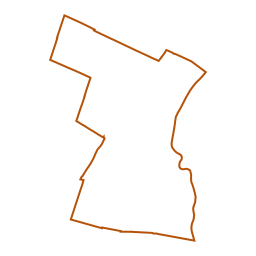 Gropeni, Braila, Romania
{"feature_id": "2599482B39333936770759", "entity_name": "Gropeni", "entity_type": "district", "adm_level": 2, "iso_a3": "ROU", "parent_name": "Romania", "parent_adm1": "Braila", "projection": "equal_earth", "projection_center": [27.896, 45.061], "detail": "fine", "context": "isolated", "style": "outline", "palette": "amber", "viewbox_px": 256, "rotation_deg": 0, "n_neighbors": 0, "source": "geoboundaries", "source_scale": "gbopen_adm2", "svg_char_len": 5397}
<svg xmlns="http://www.w3.org/2000/svg" viewBox="0 0 256 256"><path d="M70.8,219.5L71.0,219.6L72.5,220.0L75.6,220.8L75.8,220.9L78.8,221.7L81.9,222.6L82.0,222.6L85.0,223.5L86.4,223.9L86.5,223.9L101.9,228.2L102.0,227.5L120.9,231.1L120.7,231.7L121.9,231.7L131.6,231.8L131.6,231.7L132.2,231.8L132.7,231.9L132.8,231.9L148.2,232.7L152.1,232.9L152.3,232.9L152.5,233.0L153.4,233.5L153.5,233.6L154.9,233.5L155.0,233.5L156.7,233.5L157.7,233.9L194.3,240.6L194.0,239.7L193.8,238.7L193.6,237.9L193.4,237.4L193.3,237.1L193.3,236.8L193.2,236.6L193.2,236.4L193.1,236.0L193.0,235.6L192.9,235.3L192.7,234.8L192.6,234.4L192.4,233.8L192.3,233.1L192.1,232.6L192.0,232.4L192.0,232.1L191.8,231.3L191.7,231.0L191.7,230.7L191.6,230.3L191.6,229.9L191.5,229.5L191.5,229.3L191.5,229.1L191.4,228.6L191.4,228.4L191.4,228.2L191.4,227.9L191.4,227.6L191.5,227.2L191.4,227.1L191.4,226.9L191.4,226.6L191.5,226.3L191.6,225.9L191.6,225.4L191.7,224.9L191.9,224.2L192.0,223.7L192.1,223.3L192.2,223.0L192.3,222.6L192.6,222.0L192.7,221.8L192.8,221.7L193.1,220.8L193.3,220.3L193.5,219.7L193.5,219.4L193.7,219.0L193.7,218.4L193.7,218.1L193.8,217.9L193.8,217.7L193.9,217.1L194.0,217.0L194.0,216.7L194.0,216.2L194.1,215.7L194.1,214.9L194.1,214.5L193.9,214.0L193.8,213.8L193.8,213.6L193.8,213.4L193.8,213.1L193.8,212.7L193.8,212.4L193.7,212.2L193.6,211.9L193.5,211.4L193.4,210.9L193.3,210.1L193.2,209.5L193.2,209.0L193.2,208.7L193.3,208.5L193.3,208.3L193.3,208.1L193.3,207.6L193.4,207.3L193.4,207.0L193.6,206.8L193.7,206.5L193.8,206.2L193.8,205.9L194.0,205.6L194.0,205.4L194.2,205.1L194.3,204.6L194.4,204.4L194.4,204.2L194.5,204.0L194.5,203.8L194.7,203.4L194.8,203.2L194.9,202.9L195.0,202.7L195.0,202.4L195.1,202.1L195.2,201.6L195.2,201.4L195.3,201.3L195.3,201.1L195.3,200.7L195.3,200.1L195.3,199.7L195.4,199.1L195.5,198.7L195.5,198.4L195.5,198.0L195.6,197.3L195.6,196.8L195.6,196.6L195.6,196.2L195.4,195.6L195.2,195.0L195.1,194.4L194.9,193.4L194.8,192.6L194.6,192.0L194.3,191.1L194.2,190.7L194.0,189.6L193.7,188.9L193.5,188.0L193.3,187.4L193.0,186.5L192.8,185.9L192.6,185.2L192.5,184.9L192.4,184.5L192.2,184.1L191.9,183.4L191.7,183.0L191.5,182.6L191.4,182.2L191.3,181.7L191.2,180.9L191.2,180.0L191.1,179.3L191.1,178.6L191.1,177.6L191.1,176.8L191.1,175.7L191.1,175.0L191.1,174.4L190.9,173.7L190.7,173.0L190.5,172.3L190.4,171.7L190.3,171.1L190.1,170.7L189.9,170.3L189.7,170.2L189.2,169.9L188.7,169.7L188.4,169.4L187.5,169.0L186.1,168.8L184.8,169.0L183.7,169.3L182.4,169.2L180.8,168.7L180.3,168.2L179.9,167.7L179.6,167.2L179.4,166.7L179.3,166.1L179.3,165.5L179.3,164.8L179.3,164.3L179.4,164.0L179.6,163.4L179.7,162.6L179.9,162.0L180.1,161.5L180.5,161.0L180.9,160.4L181.2,159.9L181.5,159.6L181.7,158.9L181.8,158.2L181.8,157.9L181.8,157.6L181.7,157.0L181.6,156.3L181.4,155.8L181.3,155.7L181.2,155.6L181.1,155.4L180.8,155.1L180.7,154.9L180.4,154.7L180.0,154.4L179.6,154.2L179.3,153.9L178.8,153.8L178.3,153.5L177.7,153.2L177.3,153.0L176.7,152.6L176.4,152.4L176.1,152.1L175.7,151.7L175.3,151.4L174.7,150.8L174.3,150.3L173.8,149.7L173.4,149.2L173.1,148.7L172.5,147.9L172.3,147.5L172.1,147.0L172.0,146.7L171.9,146.4L171.8,145.8L171.7,145.5L171.7,145.2L171.6,144.6L171.6,144.4L171.6,144.1L171.6,143.6L171.6,143.0L171.7,142.5L171.8,142.0L172.0,140.6L172.3,139.2L172.7,136.6L173.4,133.3L173.8,130.4L174.1,128.7L174.4,127.4L174.5,126.3L174.9,123.5L175.1,121.6L175.2,121.0L175.3,120.5L175.3,120.2L175.6,118.8L175.7,117.4L176.1,116.4L176.5,115.6L177.0,114.9L177.1,114.5L177.5,113.5L177.7,112.8L178.0,112.5L179.0,110.8L179.5,110.0L179.7,109.6L180.5,108.3L180.6,108.0L181.4,106.5L182.3,104.8L182.7,103.9L183.3,102.8L183.5,102.4L184.5,100.4L185.9,97.7L186.6,96.5L186.9,96.0L188.3,93.5L190.1,90.5L192.5,87.1L195.3,83.5L196.9,81.8L198.6,80.2L199.1,79.8L200.1,78.7L201.2,77.5L202.4,76.2L203.6,74.8L204.6,73.6L205.8,72.1L191.3,61.3L189.1,60.3L187.0,59.3L181.8,56.9L177.6,55.0L174.9,53.8L174.3,53.9L173.7,53.8L173.3,53.4L172.7,52.8L169.6,51.4L168.1,50.7L166.3,50.0L165.9,50.8L164.5,53.1L163.3,54.8L162.4,56.0L161.4,57.2L161.5,57.3L160.9,58.0L160.5,58.6L159.6,59.7L158.9,60.6L158.7,60.9L158.2,60.7L157.7,60.5L155.7,59.5L154.8,59.2L153.9,58.8L152.6,58.2L151.4,57.6L150.2,57.0L148.0,56.0L142.8,53.6L141.1,52.8L136.3,50.6L128.9,47.1L120.5,43.1L120.2,43.0L118.6,42.2L115.4,40.7L113.6,39.8L112.1,39.2L108.3,37.4L106.2,36.4L104.2,35.4L101.0,34.0L100.4,33.6L98.4,32.7L96.9,32.0L95.5,31.3L94.8,30.9L94.0,30.5L94.6,29.6L94.3,29.5L90.8,27.7L90.7,27.6L87.0,25.8L80.0,22.4L76.1,20.6L72.9,19.2L67.7,16.8L64.4,15.4L64.1,16.4L63.1,19.3L59.0,31.7L57.9,34.9L57.6,35.8L57.4,36.6L57.0,37.9L57.3,38.0L55.6,43.5L54.7,46.1L54.2,47.7L50.2,59.9L64.2,66.0L67.8,67.6L73.0,69.8L80.3,73.0L90.5,77.7L90.5,77.8L86.6,89.4L84.4,96.5L84.6,96.5L83.2,100.8L81.7,105.1L81.7,105.4L81.5,105.6L79.4,111.7L77.9,116.3L77.9,116.5L76.9,119.2L76.3,120.8L76.3,121.0L78.8,122.5L81.2,124.0L82.6,124.9L83.2,125.1L89.8,129.3L91.4,130.2L95.8,132.9L98.1,134.4L103.2,137.4L103.6,136.9L103.6,137.0L104.0,137.4L104.2,137.7L104.6,138.4L101.8,144.2L101.6,144.6L99.3,147.5L98.7,148.1L97.4,149.7L96.0,152.6L95.9,152.7L95.5,153.6L95.0,154.8L94.7,155.5L94.6,155.8L93.6,158.0L93.3,158.7L93.2,159.0L92.8,159.7L92.5,160.2L91.8,161.4L91.0,162.9L90.4,163.8L90.4,164.0L89.5,165.2L88.1,167.3L86.7,169.3L86.0,170.4L83.6,174.3L82.4,176.2L82.4,176.3L81.8,176.5L81.1,177.8L80.4,179.4L81.4,179.6L82.8,180.0L83.5,180.1L82.5,183.8L82.2,184.9L80.5,189.8L78.9,194.7L72.6,214.0L70.8,219.5Z" fill="none" stroke="#b45309" stroke-width="2"/></svg>